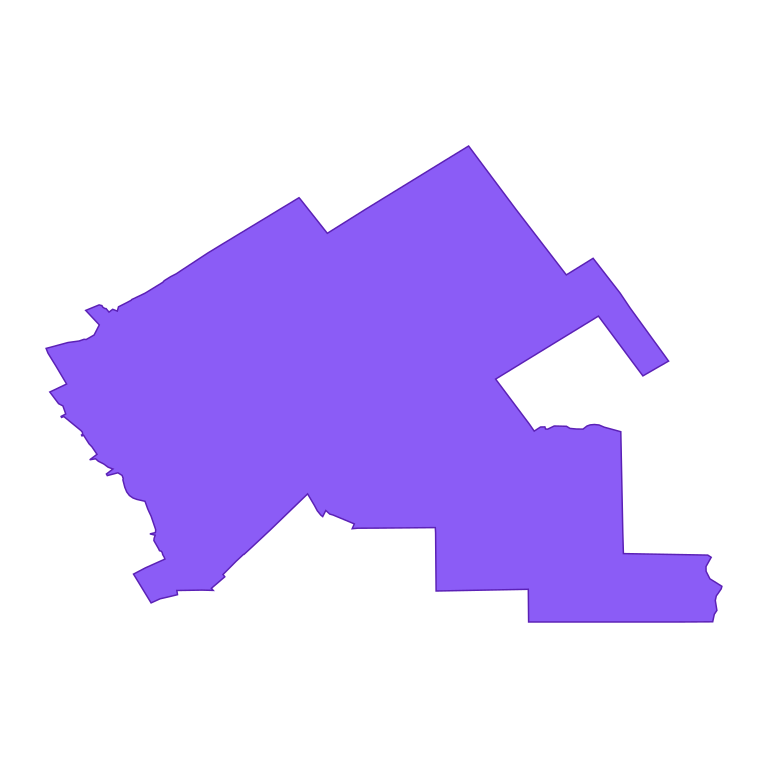 Vitanesti, Teleorman, Romania
{"feature_id": "2599482B39756313784680", "entity_name": "Vitanesti", "entity_type": "district", "adm_level": 2, "iso_a3": "ROU", "parent_name": "Romania", "parent_adm1": "Teleorman", "projection": "natural_earth1", "projection_center": [25.463, 44.005], "detail": "fine", "context": "isolated", "style": "filled", "palette": "violet", "viewbox_px": 768, "rotation_deg": 0, "n_neighbors": 0, "source": "geoboundaries", "source_scale": "gbopen_adm2", "svg_char_len": 2342}
<svg xmlns="http://www.w3.org/2000/svg" viewBox="0 0 768 768"><path d="M667.9,360.2L665.5,356.8L656.3,344.1L655.1,342.5L650.9,336.7L630.1,308.0L620.1,293.1L593.1,258.3L566.3,274.9L516.1,209.6L485.5,168.7L468.6,146.0L445.6,160.1L366.0,209.0L327.3,233.3L300.1,198.9L299.0,197.7L221.9,244.4L208.1,252.8L181.3,270.4L176.4,273.7L170.6,276.7L164.3,280.6L162.8,282.3L145.0,293.2L131.8,299.5L131.1,300.3L127.0,302.5L118.5,306.8L117.3,311.1L112.7,309.3L109.0,312.1L106.1,308.6L104.9,308.5L102.9,307.3L101.9,305.6L99.1,304.9L85.7,310.4L99.3,324.9L94.1,335.0L90.1,337.3L86.2,339.5L84.0,339.3L79.1,341.0L68.0,342.5L61.4,344.3L46.1,348.4L48.0,353.2L56.2,366.5L66.6,384.0L49.8,392.0L58.6,403.7L62.9,405.9L65.2,412.4L65.7,414.0L61.1,416.4L61.5,417.4L63.9,416.6L80.9,430.5L82.3,432.1L82.7,434.4L81.5,435.0L82.0,435.9L83.6,435.3L89.1,443.9L91.9,446.8L97.0,454.3L89.7,459.8L95.6,458.8L98.4,461.3L103.6,463.9L108.1,467.2L112.9,469.0L106.4,474.0L107.3,475.6L117.9,472.8L122.1,475.4L123.2,478.5L122.9,479.9L124.8,487.3L126.7,491.9L129.4,495.5L133.0,498.0L136.8,499.4L145.0,501.3L147.7,508.8L148.9,511.5L151.1,516.2L155.4,528.8L155.7,530.0L155.4,532.6L149.9,533.9L155.2,535.2L154.1,538.3L153.9,540.6L158.5,548.6L159.5,550.7L161.2,551.2L162.2,552.5L162.7,554.6L164.1,557.0L164.9,559.1L155.1,563.5L145.3,567.9L133.5,574.1L151.1,602.9L160.1,598.8L168.8,596.8L177.5,594.7L177.5,594.4L176.8,590.5L189.4,590.3L201.9,590.1L213.2,590.4L211.4,588.3L224.8,576.8L223.0,574.5L236.2,561.2L243.6,554.3L244.0,554.4L250.3,548.6L270.0,530.2L307.6,493.9L314.4,505.4L317.3,510.8L320.8,515.1L322.7,516.6L325.8,510.5L329.8,514.1L333.0,515.0L354.3,523.9L352.2,528.7L357.8,528.2L376.9,528.1L435.3,527.6L435.6,532.9L436.1,591.0L528.3,589.3L528.6,622.0L676.2,622.0L694.5,621.9L712.7,621.8L714.3,614.3L716.9,610.4L715.3,600.5L716.3,595.9L718.4,593.0L720.7,589.6L721.2,588.9L721.5,587.8L721.9,586.3L709.9,578.8L706.1,571.3L706.0,566.6L711.2,557.3L707.8,555.1L697.3,554.9L623.4,553.6L622.8,532.7L621.5,467.2L620.8,431.7L604.3,427.2L599.1,425.0L594.4,424.5L590.1,424.9L587.0,426.0L583.0,429.1L576.4,429.0L570.0,428.4L566.5,426.3L554.2,426.0L547.5,429.2L545.5,428.9L544.9,426.9L540.5,427.0L534.2,431.1L529.5,424.3L495.6,379.1L527.2,359.7L598.4,316.1L614.1,337.2L618.4,343.0L633.4,363.2L642.9,375.9L655.7,368.5L668.6,361.1L667.9,360.2Z" fill="#8b5cf6" stroke="#5b21b6" stroke-width="1.5"/></svg>